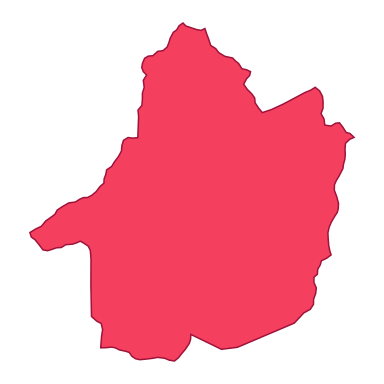 Banzaê, Bahia, Brazil (orthographic projection)
{"feature_id": "56859067B70491909190036", "entity_name": "Banzaê", "entity_type": "district", "adm_level": 2, "iso_a3": "BRA", "parent_name": "Brazil", "parent_adm1": "Bahia", "projection": "orthographic", "projection_center": [-38.659, -10.603], "detail": "fine", "context": "isolated", "style": "filled", "palette": "rose", "viewbox_px": 384, "rotation_deg": 0, "n_neighbors": 0, "source": "geoboundaries", "source_scale": "gbopen_adm2", "svg_char_len": 2281}
<svg xmlns="http://www.w3.org/2000/svg" viewBox="0 0 384 384"><path d="M204.9,28.5L201.0,30.4L196.4,29.5L191.3,27.8L185.9,26.0L183.0,23.0L179.2,25.6L176.7,29.9L173.3,32.3L170.2,38.3L168.7,43.2L167.1,47.1L162.9,50.7L157.8,51.3L152.9,55.7L148.3,56.1L144.6,58.3L142.4,63.5L141.8,67.6L143.3,71.7L146.6,75.0L143.3,80.3L144.2,87.3L142.4,93.3L142.4,99.1L141.9,105.4L138.0,110.1L138.6,116.5L137.8,137.7L132.5,138.1L128.1,137.5L123.5,140.3L121.9,145.6L121.4,151.1L118.4,156.6L114.4,161.9L111.7,166.4L106.6,169.9L105.8,174.4L104.1,178.9L103.9,183.2L100.0,186.5L96.2,191.6L91.6,195.4L87.6,197.5L83.4,197.6L79.7,199.2L75.4,202.0L68.8,202.9L62.4,206.6L57.3,210.0L54.8,214.4L50.6,217.5L45.8,220.9L41.3,226.3L36.0,228.8L29.9,232.5L31.3,237.0L35.2,239.9L39.4,245.1L43.0,249.9L47.6,250.7L51.9,249.4L56.5,247.8L61.3,247.5L65.7,244.7L72.5,244.2L76.5,242.9L80.3,241.2L84.5,243.6L88.3,246.2L90.3,250.4L91.0,258.9L90.9,285.7L91.5,316.5L96.7,321.1L101.2,323.5L102.6,329.7L101.6,336.0L101.1,342.4L100.7,347.8L105.8,347.7L111.5,347.1L115.2,347.8L119.4,349.9L125.3,351.2L129.2,352.4L131.9,356.3L135.4,358.7L139.8,359.7L147.1,359.0L152.7,358.3L157.6,357.4L164.5,358.2L169.4,360.2L174.5,361.0L178.4,357.8L181.8,353.5L185.4,349.3L189.3,343.4L190.6,339.2L190.8,334.4L221.4,349.3L232.7,347.9L237.4,347.3L294.3,323.1L298.3,318.8L303.7,313.0L310.4,309.2L313.5,304.3L313.6,299.1L315.7,293.5L316.3,287.9L313.9,282.4L314.0,277.2L317.4,274.2L317.7,269.3L320.2,265.0L321.4,260.8L326.7,258.2L331.1,254.9L329.9,251.1L328.8,246.0L328.2,238.7L327.9,232.9L329.2,227.1L331.3,222.2L334.1,217.3L337.3,212.4L338.3,208.4L338.5,203.3L336.8,196.9L334.3,190.1L334.5,184.6L336.4,180.4L338.9,176.3L340.8,172.7L342.9,168.6L343.6,163.7L344.8,159.6L345.3,154.0L345.0,149.5L345.5,143.3L349.7,139.3L354.1,137.4L350.0,133.5L346.1,132.4L343.0,127.4L339.5,122.8L335.6,123.2L331.2,126.0L324.8,125.1L324.0,118.9L321.0,113.6L323.0,108.4L323.1,102.1L322.5,96.4L319.6,90.9L315.2,87.3L310.6,90.2L305.0,92.5L283.6,103.9L276.3,107.3L271.6,109.5L262.3,112.6L258.7,108.2L255.1,102.8L254.7,98.0L251.7,93.8L247.4,89.5L243.7,84.3L246.4,79.0L249.7,75.4L250.5,71.6L246.7,69.8L241.9,68.7L238.7,63.6L235.5,61.0L232.6,58.0L224.8,56.3L218.7,52.6L215.7,48.6L210.7,45.4L208.5,38.7L206.5,33.4L204.9,28.5Z" fill="#f43f5e" stroke="#9f1239" stroke-width="1.5"/></svg>